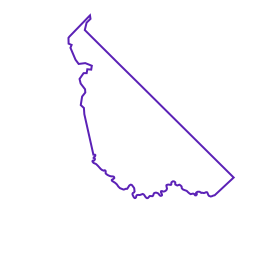 Wayne, Pennsylvania, United States of America (Albers equal-area conic projection), rotated 137°
{"feature_id": "52423323B52307790790570", "entity_name": "Wayne", "entity_type": "district", "adm_level": 2, "iso_a3": "USA", "parent_name": "United States of America", "parent_adm1": "Pennsylvania", "projection": "albers", "projection_center": [-75.192, 41.616], "detail": "fine", "context": "isolated", "style": "outline", "palette": "violet", "viewbox_px": 256, "rotation_deg": 137, "n_neighbors": 0, "source": "geoboundaries", "source_scale": "gbopen_adm2", "svg_char_len": 2522}
<svg xmlns="http://www.w3.org/2000/svg" viewBox="0 0 256 256"><g transform="rotate(137 128 128)"><path d="M84.5,19.7L88.5,120.8L89.7,151.3L91.0,181.8L92.8,229.1L86.4,233.3L81.0,233.4L79.0,236.3L108.5,234.8L110.1,234.5L113.9,230.2L112.6,227.2L115.4,225.9L119.8,213.8L120.4,208.5L115.0,204.6L112.0,198.2L115.1,195.8L117.7,198.7L120.8,196.3L123.1,198.4L130.0,196.9L132.3,192.8L133.0,185.6L135.0,183.1L140.1,182.3L146.9,177.0L146.6,172.7L150.5,167.9L171.5,132.1L170.4,131.0L170.4,130.4L171.1,129.9L171.9,129.7L173.0,129.9L173.6,129.6L173.5,129.1L173.2,128.2L173.5,127.7L174.8,127.3L175.2,127.5L176.0,128.1L176.6,128.0L176.9,127.5L177.0,125.9L176.0,123.6L175.9,123.1L175.8,120.8L175.9,116.7L175.6,114.9L174.8,113.3L174.1,113.1L173.8,112.9L173.6,112.2L173.8,111.6L175.0,110.4L175.3,110.0L175.3,109.3L175.0,107.6L174.2,105.6L173.5,104.4L172.0,102.8L171.6,102.0L171.7,101.5L172.1,100.8L173.2,100.7L175.1,101.1L175.4,101.0L175.6,100.6L175.7,100.1L174.8,96.7L174.6,94.4L175.0,91.7L174.9,89.5L173.3,86.1L172.4,85.5L171.7,85.3L170.8,84.9L170.5,84.4L170.1,84.1L169.4,84.2L166.5,85.0L166.0,85.0L164.8,84.8L164.3,84.2L164.1,83.8L164.1,83.4L164.2,82.1L164.3,81.2L164.5,79.9L164.7,79.5L166.5,77.1L167.5,76.8L168.9,77.1L169.6,76.8L169.9,76.5L170.4,75.5L170.9,73.7L171.0,72.7L170.9,72.2L170.4,71.8L169.6,71.8L169.3,71.9L168.0,72.8L167.2,72.8L166.4,72.3L165.0,70.9L162.2,69.7L161.9,68.9L161.8,68.4L161.9,67.5L162.2,65.8L162.2,64.6L162.0,63.8L161.7,63.5L161.1,63.2L159.1,63.4L158.5,63.4L156.5,61.4L155.8,61.5L155.2,61.7L153.9,62.4L153.1,62.5L152.1,62.0L151.5,61.5L151.1,60.9L150.5,59.4L150.7,57.2L150.5,56.3L150.2,55.9L149.3,55.6L148.9,55.7L148.4,56.4L148.1,57.6L147.7,58.5L147.3,59.0L147.1,59.2L146.7,59.1L146.3,58.8L146.0,58.5L145.8,57.7L145.1,57.1L144.4,56.7L143.1,56.4L141.9,56.5L140.8,57.1L139.7,59.0L139.0,59.9L138.5,59.9L137.3,59.3L136.7,58.7L135.8,57.5L135.3,57.1L134.8,57.2L133.9,58.2L133.2,58.6L131.8,58.5L131.2,58.1L130.7,57.4L130.6,56.9L130.5,56.1L131.0,55.4L131.7,54.9L131.9,54.3L131.2,52.4L130.7,52.1L129.7,51.8L129.0,51.4L128.7,49.8L128.7,48.7L129.7,47.3L129.8,45.9L129.3,44.6L128.1,42.3L127.9,41.6L127.9,40.3L127.7,38.4L127.3,36.9L125.2,35.7L124.8,35.1L124.7,34.5L124.8,33.0L124.3,32.4L123.2,32.4L122.9,32.6L122.6,32.9L122.7,34.0L122.1,34.2L120.8,34.0L120.3,33.7L119.1,32.5L118.7,30.6L118.2,30.4L116.8,28.6L115.4,28.0L114.7,27.8L114.1,27.2L114.0,26.8L115.0,24.0L115.1,23.3L114.3,21.6L113.2,20.9L111.7,20.4L110.5,19.7L101.5,19.7L95.3,19.7L94.4,19.7L85.8,19.7L84.5,19.7Z" fill="none" stroke="#5b21b6" stroke-width="2"/></g></svg>